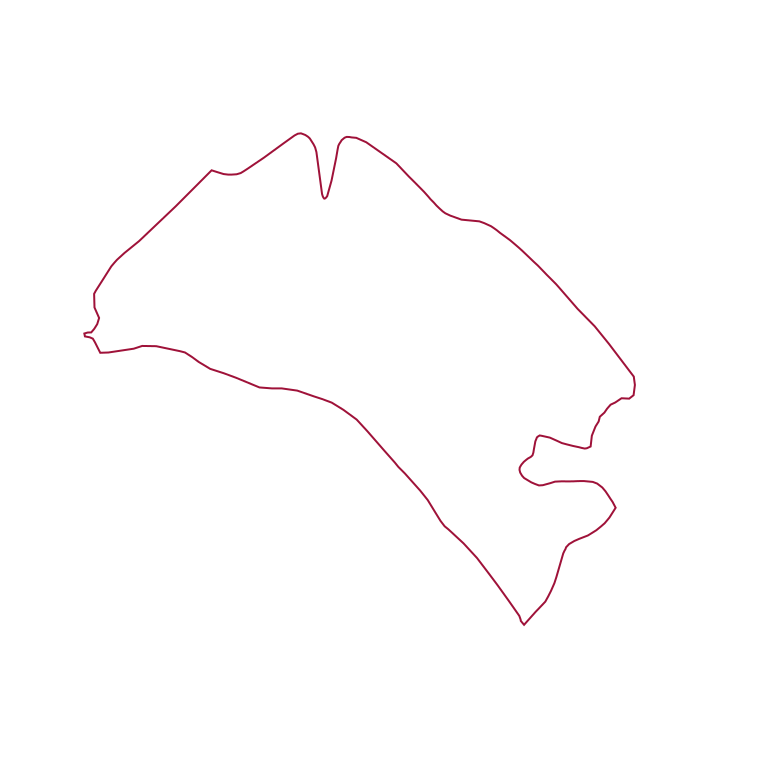 Thakhek, Khammouan, Laos (Robinson projection), rotated 320°
{"feature_id": "54806243B53814291483739", "entity_name": "Thakhek", "entity_type": "district", "adm_level": 2, "iso_a3": "LAO", "parent_name": "Laos", "parent_adm1": "Khammouan", "projection": "robinson", "projection_center": [104.881, 17.385], "detail": "fine", "context": "isolated", "style": "outline", "palette": "rose", "viewbox_px": 768, "rotation_deg": 320, "n_neighbors": 0, "source": "geoboundaries", "source_scale": "gbopen_adm2", "svg_char_len": 2902}
<svg xmlns="http://www.w3.org/2000/svg" viewBox="0 0 768 768"><g transform="rotate(320 384 384)"><path d="M186.7,177.7L193.1,182.7L215.0,196.1L223.2,199.4L233.8,208.6L248.8,227.7L251.8,231.9L254.3,240.0L256.2,247.9L260.6,260.7L268.2,272.8L274.6,284.0L286.4,306.6L295.5,315.5L302.8,321.6L313.3,333.3L322.4,348.5L326.9,355.7L332.0,364.7L336.3,377.7L340.2,393.7L340.9,409.3L341.4,435.8L341.8,450.7L341.8,450.9L341.7,456.7L342.5,466.0L343.2,488.9L342.9,501.0L340.8,515.0L339.3,525.2L339.0,532.0L339.9,536.7L342.5,557.2L343.4,577.1L342.4,597.9L341.7,610.7L340.2,630.4L338.6,648.6L337.3,652.1L336.8,653.0L336.5,653.5L336.5,658.5L353.6,656.0L364.4,654.8L367.7,654.4L373.4,652.2L379.0,649.8L386.5,646.1L391.8,642.8L412.4,629.0L415.2,627.7L416.7,627.2L418.6,626.1L422.9,625.6L428.9,626.6L434.0,628.1L442.8,631.1L452.6,632.5L458.7,632.6L463.6,632.5L467.6,631.8L470.9,631.2L475.3,629.8L481.9,627.7L483.3,621.3L483.7,617.3L484.2,613.3L484.7,608.5L484.7,603.6L483.3,597.3L481.0,593.2L474.8,586.9L470.2,583.1L466.8,580.5L462.2,576.8L458.1,573.2L454.6,570.5L452.2,568.7L447.8,566.9L440.6,563.6L437.5,561.3L435.4,557.6L433.6,554.0L432.2,549.9L430.9,546.1L430.8,543.0L431.4,539.4L432.6,536.9L434.2,535.3L436.0,534.6L437.5,534.1L441.1,533.5L444.0,533.5L446.4,533.6L449.5,534.2L451.9,534.1L454.4,532.5L456.7,530.5L463.1,525.2L465.2,524.1L466.8,523.2L468.3,523.2L470.2,523.5L471.7,525.3L476.6,531.7L480.0,538.7L482.3,543.6L485.1,547.6L489.0,553.0L492.7,557.7L494.4,560.1L496.3,562.5L498.1,563.6L502.1,564.7L510.0,557.2L518.7,552.5L524.3,550.7L528.3,547.8L534.4,547.6L539.1,546.3L544.3,545.5L549.2,546.8L556.8,547.6L562.4,552.8L568.0,553.0L575.6,546.0L580.1,538.9L580.4,532.3L582.1,498.0L582.5,475.2L580.6,450.9L580.1,421.6L580.0,418.1L579.6,413.3L578.9,405.3L578.0,392.1L577.3,386.7L575.6,371.2L574.9,366.1L574.1,361.2L573.0,354.8L570.0,342.7L569.2,338.5L568.3,335.0L567.4,331.9L564.2,325.2L561.6,320.7L549.0,307.9L543.0,297.6L540.7,292.6L539.9,289.4L539.3,284.8L538.9,281.0L538.8,277.0L538.4,272.4L538.4,269.6L538.4,269.0L538.3,265.4L538.2,262.4L537.1,248.8L536.4,241.1L535.3,222.9L525.8,187.4L523.0,181.7L521.0,177.6L517.7,174.3L516.2,172.5L514.2,170.7L512.1,170.0L510.0,170.0L508.3,170.0L506.2,170.7L504.1,171.3L502.1,172.2L499.0,174.7L492.4,180.3L474.5,194.5L461.2,203.6L459.2,204.0L458.2,204.0L457.4,203.6L457.4,202.2L457.8,200.7L458.7,198.6L481.3,162.9L483.3,158.5L484.1,155.1L484.7,150.5L485.0,148.2L484.7,145.7L483.8,142.7L482.6,140.5L481.5,138.6L478.9,136.9L475.2,136.1L462.0,135.1L437.2,133.4L416.9,131.3L412.9,130.8L409.8,130.3L405.9,128.6L402.1,125.8L399.3,123.5L396.1,120.1L392.4,114.4L389.3,109.5L338.6,114.0L288.2,117.1L269.3,116.8L259.4,117.2L255.3,117.8L250.7,118.6L233.7,124.0L223.2,127.3L219.9,128.6L211.4,139.3L208.2,150.3L202.8,153.8L197.5,155.5L192.9,156.3L190.1,154.1L186.9,152.7L185.5,155.3L188.6,159.1L190.1,162.1L189.4,166.2L186.7,177.7Z" fill="none" stroke="#9f1239" stroke-width="2"/></g></svg>